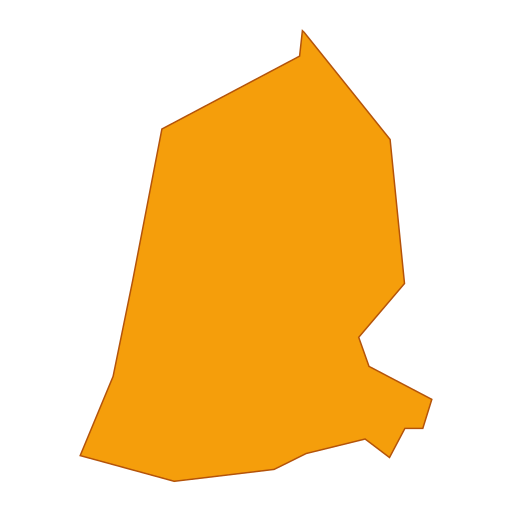 Parker'S Hill, Castries, Saint Lucia
{"feature_id": "8701671B66024605882248", "entity_name": "Parker'S Hill", "entity_type": "district", "adm_level": 2, "iso_a3": "LCA", "parent_name": "Saint Lucia", "parent_adm1": "Castries", "projection": "orthographic", "projection_center": [-60.99, 14.004], "detail": "fine", "context": "isolated", "style": "filled", "palette": "amber", "viewbox_px": 512, "rotation_deg": 0, "n_neighbors": 0, "source": "geoboundaries", "source_scale": "gbopen_adm2", "svg_char_len": 367}
<svg xmlns="http://www.w3.org/2000/svg" viewBox="0 0 512 512"><path d="M80.2,455.6L174.2,481.3L274.1,469.4L306.2,453.5L365.1,439.0L389.5,457.5L404.9,428.4L422.8,428.4L431.8,399.4L369.0,366.4L358.7,337.3L404.5,283.5L390.1,139.5L304.2,32.4L302.4,30.7L299.6,56.1L161.9,129.0L132.6,281.0L113.1,376.4L80.2,455.6Z" fill="#f59e0b" stroke="#b45309" stroke-width="1.5"/></svg>